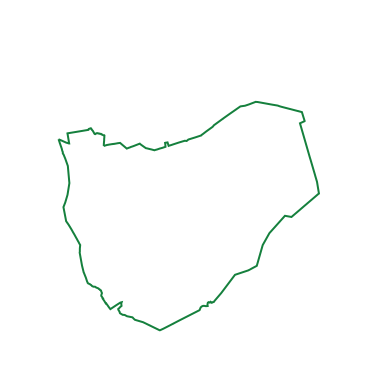 Villa de Reyes, San Luis Potosí, Mexico, rotated 153°
{"feature_id": "50627088B7825328231561", "entity_name": "Villa de Reyes", "entity_type": "district", "adm_level": 2, "iso_a3": "MEX", "parent_name": "Mexico", "parent_adm1": "San Luis Potosí", "projection": "orthographic", "projection_center": [-100.911, 21.834], "detail": "fine", "context": "isolated", "style": "outline", "palette": "green", "viewbox_px": 384, "rotation_deg": 153, "n_neighbors": 0, "source": "geoboundaries", "source_scale": "gbopen_adm2", "svg_char_len": 4755}
<svg xmlns="http://www.w3.org/2000/svg" viewBox="0 0 384 384"><g transform="rotate(153 192 192)"><path d="M287.0,299.6L287.1,298.6L287.3,297.1L287.6,295.5L287.7,294.7L287.7,294.4L287.9,293.3L288.0,292.7L288.0,292.0L288.2,291.1L288.3,290.2L288.4,289.7L288.9,287.6L289.0,286.1L289.3,285.7L289.5,285.2L289.6,284.9L289.5,284.1L289.4,283.9L289.8,279.2L290.8,271.6L296.5,257.4L297.2,255.6L304.2,246.0L309.7,240.2L313.4,236.9L317.4,223.1L316.8,218.8L316.4,213.6L316.3,211.4L316.3,210.8L316.3,210.6L316.1,207.5L316.0,204.2L316.0,203.9L315.9,202.3L315.9,200.6L315.8,199.1L315.8,198.9L315.8,198.6L315.8,197.4L315.7,195.5L317.5,192.7L318.7,190.4L319.0,189.8L319.6,189.0L323.4,176.4L324.8,170.4L325.0,169.6L325.0,169.4L325.0,168.5L325.1,168.2L325.2,166.7L325.3,166.2L325.3,165.7L325.5,163.6L326.1,159.9L326.1,159.7L326.1,158.6L326.2,158.4L326.0,157.7L325.9,157.5L325.7,157.3L325.5,157.1L325.3,156.8L324.7,156.0L324.7,155.9L324.6,155.7L324.4,155.3L324.2,155.0L324.1,154.9L323.9,154.1L323.7,153.5L323.6,153.3L323.4,153.1L322.7,152.3L322.4,152.2L321.4,151.6L321.0,151.0L320.8,150.4L319.6,149.1L319.4,148.9L319.1,148.4L319.1,148.0L318.9,147.7L318.6,147.4L318.5,147.2L318.4,146.4L318.0,146.1L317.8,145.4L318.0,144.8L318.1,142.9L318.2,142.7L318.5,142.4L319.3,141.7L319.7,141.1L320.0,140.7L319.6,137.7L319.8,137.7L320.0,137.6L319.8,136.3L319.6,134.7L319.4,131.7L319.0,131.7L319.0,131.4L318.9,130.8L318.8,130.2L318.7,129.6L318.6,128.9L318.5,128.1L318.4,127.4L318.3,126.8L318.2,126.1L317.9,124.7L311.1,125.5L306.1,126.0L304.7,125.7L305.0,125.4L305.7,124.7L306.0,123.9L306.2,123.3L306.5,122.5L308.2,122.1L308.7,121.9L309.5,121.6L310.2,121.4L310.8,121.3L310.9,121.1L311.0,120.9L311.1,120.4L311.0,119.5L310.9,118.1L311.1,117.5L311.2,116.9L311.1,116.5L310.0,114.8L309.6,114.1L307.8,113.0L306.3,110.8L303.9,108.9L302.0,107.4L301.8,107.0L301.6,106.0L300.9,104.1L300.6,103.8L300.2,103.4L294.7,98.2L283.6,83.5L283.4,83.4L282.9,83.3L282.6,83.3L282.3,83.3L279.7,83.2L278.6,83.2L275.3,83.2L274.1,83.2L261.8,83.3L261.1,83.3L253.6,83.3L253.1,83.3L250.0,83.3L247.6,83.3L246.9,83.3L243.2,83.3L238.9,83.3L236.7,85.2L235.4,85.6L233.8,85.5L232.8,85.0L231.5,84.0L229.8,83.3L229.2,84.9L228.1,86.2L227.2,86.3L226.4,85.4L225.4,85.8L225.2,85.4L225.0,84.7L224.7,84.3L224.3,84.3L223.9,84.6L223.4,84.3L223.0,84.2L222.3,84.2L222.2,84.2L221.7,84.6L211.8,88.7L191.3,98.7L177.4,96.6L167.8,96.8L153.1,112.6L141.7,120.2L120.0,128.6L114.7,124.6L79.9,133.0L79.6,133.0L76.0,144.3L74.9,150.2L74.7,151.1L71.6,167.6L71.5,168.3L64.6,204.2L62.0,204.1L59.5,204.0L59.4,204.1L58.6,208.8L57.8,213.3L67.5,221.9L70.9,224.9L73.6,227.3L75.1,228.7L76.3,230.0L76.8,230.4L81.0,233.5L92.7,242.4L94.2,243.3L94.3,243.4L101.6,244.2L105.6,244.8L110.0,246.3L123.7,244.4L129.8,243.5L142.3,241.5L143.7,240.8L144.7,240.6L151.8,239.5L156.0,238.7L157.6,238.5L157.8,238.4L158.0,238.2L164.5,239.2L171.4,240.4L173.6,239.9L175.1,240.9L175.4,241.0L175.5,241.0L176.2,241.1L177.1,241.3L178.8,241.6L181.0,242.0L188.0,243.1L188.8,243.2L190.5,243.5L190.9,243.6L191.9,243.7L191.9,243.9L191.7,244.8L191.3,247.3L192.0,247.5L193.1,247.9L193.7,248.0L194.1,246.7L194.6,245.5L195.0,244.5L195.1,244.3L198.4,244.8L200.4,245.2L200.7,245.3L203.6,245.7L204.1,245.8L205.9,246.2L206.4,246.2L206.5,246.3L206.8,246.5L208.9,248.4L209.4,248.8L212.4,251.4L213.2,252.0L215.6,256.6L216.5,258.4L216.6,258.8L223.6,259.5L226.2,259.9L226.4,259.9L226.7,259.9L226.8,259.9L227.0,259.9L228.3,260.1L230.4,260.3L233.8,268.4L236.4,269.3L236.5,269.3L237.8,269.7L239.2,270.1L239.3,270.2L239.6,270.3L239.8,270.3L240.0,270.4L240.2,270.5L240.3,270.5L240.5,270.6L240.9,270.7L241.0,270.8L241.3,270.9L243.5,271.6L244.3,271.9L244.5,271.9L246.4,272.5L249.8,273.1L249.7,273.1L249.2,274.0L248.7,274.9L248.0,276.0L247.7,276.6L247.5,276.8L246.7,278.1L246.4,278.7L246.1,279.3L245.4,280.3L245.0,281.1L244.4,282.0L244.4,282.3L244.8,282.4L245.1,282.7L245.2,282.8L245.4,283.0L245.7,283.4L245.8,283.8L246.1,284.1L246.4,284.2L246.5,284.3L246.5,284.8L246.6,285.0L246.8,285.2L247.1,285.4L247.3,285.5L247.5,285.5L247.8,285.9L248.1,286.2L248.3,286.2L248.5,286.5L249.0,286.7L249.2,286.9L249.2,287.1L249.3,287.2L249.5,287.3L249.8,287.5L250.0,287.6L250.3,287.6L250.6,287.7L250.8,287.6L251.1,287.6L251.4,287.7L251.6,287.6L251.8,287.5L252.0,287.5L252.3,287.8L252.4,288.0L252.4,288.3L252.5,288.5L252.5,289.4L252.6,291.6L252.8,292.2L252.9,292.4L252.9,292.5L252.9,293.1L253.1,293.7L253.0,294.1L253.0,294.4L253.1,294.6L253.4,294.8L253.7,294.8L253.9,294.8L254.1,294.8L254.3,294.9L254.5,294.9L254.8,295.0L255.0,295.0L255.4,295.0L255.5,295.0L256.1,294.4L265.0,297.2L276.3,300.8L276.4,300.6L276.5,300.5L276.5,300.2L277.5,297.1L279.4,291.0L279.6,291.1L281.0,292.5L281.5,292.9L281.7,293.1L282.7,294.4L282.9,294.6L284.8,297.0L286.6,299.1L287.0,299.5L287.0,299.6Z" fill="none" stroke="#15803d" stroke-width="2"/></g></svg>